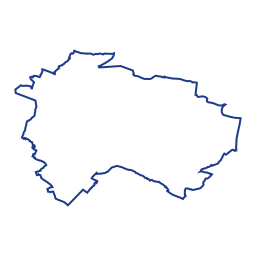 the district of Butoiesti, Mehedinti, Romania
{"feature_id": "2599482B50012725425393", "entity_name": "Butoiesti", "entity_type": "district", "adm_level": 2, "iso_a3": "ROU", "parent_name": "Romania", "parent_adm1": "Mehedinti", "projection": "equal_earth", "projection_center": [23.382, 44.564], "detail": "fine", "context": "isolated", "style": "outline", "palette": "blue", "viewbox_px": 256, "rotation_deg": 0, "n_neighbors": 0, "source": "geoboundaries", "source_scale": "gbopen_adm2", "svg_char_len": 5666}
<svg xmlns="http://www.w3.org/2000/svg" viewBox="0 0 256 256"><path d="M183.0,199.0L183.8,197.7L184.1,197.5L185.1,196.0L185.0,195.2L185.3,195.4L185.0,194.0L184.8,192.8L184.9,190.4L185.2,189.5L185.8,188.5L186.2,188.4L188.4,188.6L189.6,189.3L190.7,189.1L191.8,189.8L193.0,189.9L194.2,189.8L195.3,189.4L199.5,188.5L199.9,188.3L201.3,187.5L202.2,186.3L203.3,185.3L203.6,184.5L203.2,183.3L203.4,182.3L203.8,181.4L204.5,180.9L204.7,180.7L205.2,179.3L205.5,178.7L206.1,178.4L207.3,178.6L208.4,178.0L211.4,175.1L211.9,174.4L211.2,174.2L211.1,173.9L209.8,173.9L209.2,173.3L208.2,172.9L207.8,172.9L206.7,172.4L205.7,172.5L204.1,172.2L202.9,171.7L201.9,171.5L201.5,171.2L200.4,171.5L200.9,171.0L200.9,170.5L201.6,169.4L202.8,168.9L204.1,168.7L205.1,168.2L206.5,167.9L207.8,167.0L209.2,166.9L210.6,165.9L211.3,164.9L211.7,165.1L211.7,165.4L211.9,165.6L212.3,165.8L213.3,165.2L215.2,164.6L218.2,163.4L218.5,163.0L218.5,162.6L218.6,162.3L220.4,160.5L221.0,159.8L221.6,158.5L222.4,157.4L222.4,156.9L222.6,156.4L223.2,155.5L223.6,154.5L224.2,153.7L224.5,153.6L224.9,154.2L226.1,154.6L231.5,150.3L232.1,149.9L233.6,149.9L234.2,150.0L234.5,150.3L234.6,150.8L236.4,150.4L236.1,148.3L236.1,147.6L236.6,138.6L237.8,132.2L238.0,131.8L238.7,128.3L239.6,124.6L240.6,118.4L240.6,118.2L235.3,117.8L232.8,117.4L230.6,116.9L223.2,114.8L222.3,113.4L221.9,112.3L221.7,110.6L221.8,109.4L222.0,108.4L222.6,107.3L223.3,106.2L224.6,105.1L225.4,104.6L224.8,104.3L224.1,104.4L222.7,105.2L221.6,105.4L220.1,105.5L218.4,105.3L213.9,103.4L209.7,102.4L208.9,102.4L207.5,101.9L206.9,101.3L206.8,100.8L207.0,99.8L207.3,99.1L207.3,98.6L207.1,98.3L205.4,97.0L202.5,96.3L198.9,96.9L198.2,96.9L197.7,96.7L197.2,96.1L196.8,95.1L195.5,94.8L196.8,83.9L196.9,83.0L196.8,82.7L195.8,82.4L194.7,82.4L193.5,82.2L192.6,82.4L192.5,82.1L191.4,81.7L190.8,81.3L188.7,80.9L187.9,81.2L186.8,81.1L184.3,80.4L180.4,79.1L179.4,78.9L172.3,78.5L166.2,77.3L164.8,77.3L165.1,76.9L164.2,76.5L163.6,77.0L162.0,77.2L161.2,76.6L159.6,76.4L158.4,76.4L156.9,75.8L155.8,75.8L154.9,76.1L153.2,77.2L152.0,78.2L150.2,78.9L149.4,79.0L144.3,78.9L140.2,77.3L139.6,76.8L137.5,76.2L134.3,75.6L133.5,74.9L133.3,74.6L133.3,74.4L133.8,73.8L132.8,70.5L120.6,66.0L104.6,67.1L99.2,67.4L99.1,67.0L99.1,66.5L97.9,66.4L99.3,66.1L100.5,65.6L104.9,63.2L105.4,63.1L106.0,62.5L106.6,62.2L107.0,61.9L107.8,61.6L108.7,60.8L111.8,58.6L112.4,58.0L112.7,57.1L113.5,55.9L113.8,54.9L114.0,53.3L112.3,53.9L104.2,53.6L103.4,54.4L100.2,53.6L99.4,53.6L97.2,54.2L96.4,53.9L94.9,54.1L93.9,54.6L93.3,54.7L91.6,53.9L90.4,53.5L87.5,53.7L86.9,53.4L86.6,53.4L85.7,53.7L82.8,53.2L80.6,53.2L78.2,52.1L76.1,51.8L75.8,51.4L75.1,51.2L75.0,50.9L74.4,50.7L73.3,53.5L72.0,53.6L71.5,53.5L71.5,53.3L71.3,53.3L70.5,54.0L69.9,55.9L69.2,57.6L69.6,57.6L69.8,57.9L69.4,58.5L69.6,58.6L69.3,59.0L69.2,59.3L67.9,60.5L67.2,61.4L66.2,61.7L64.4,63.3L63.8,64.1L63.4,64.1L62.0,65.3L61.5,65.2L60.9,65.7L59.8,65.8L58.7,66.5L58.7,67.6L59.1,68.1L57.0,69.7L54.1,72.4L55.1,73.3L55.1,73.6L54.7,74.2L52.4,72.9L45.2,70.2L42.3,69.3L42.4,71.5L41.3,74.0L40.5,74.5L40.6,75.4L39.7,77.2L36.6,76.0L33.6,75.9L32.8,77.3L32.3,76.8L31.4,76.8L30.2,77.2L30.8,79.1L32.2,80.6L34.0,82.3L32.7,85.5L32.0,88.4L31.5,88.4L31.5,87.6L30.8,86.6L28.7,85.9L27.3,85.7L22.2,85.9L20.9,85.3L15.4,89.5L15.7,93.0L35.4,100.5L35.8,102.5L36.0,104.6L36.4,105.8L36.4,106.5L35.6,109.0L35.2,109.7L35.3,111.4L34.7,114.0L34.6,115.5L34.4,115.9L33.8,116.5L32.0,117.7L30.6,119.5L29.8,119.9L28.8,120.7L28.0,120.7L27.3,121.2L26.8,122.1L26.3,124.1L26.1,125.7L25.7,126.5L25.0,130.5L24.7,131.1L23.9,132.0L23.6,132.6L23.4,134.3L22.1,137.0L22.0,137.7L22.9,137.9L23.3,138.2L23.6,138.8L23.9,138.9L24.6,138.8L24.9,138.6L24.9,138.1L25.5,138.3L25.8,139.0L26.3,138.5L27.8,139.2L29.9,140.8L29.9,141.3L32.1,142.2L32.4,143.6L32.8,145.0L33.1,144.9L33.3,145.1L33.7,145.0L34.4,145.3L34.8,146.7L34.1,146.7L31.6,147.4L32.7,147.6L32.7,148.0L33.4,148.3L33.2,148.5L33.3,148.8L33.9,149.0L34.1,149.2L33.9,149.3L34.0,149.4L34.4,149.6L34.8,149.5L36.4,150.6L34.7,154.3L33.9,154.0L33.7,154.4L33.3,154.3L32.9,155.1L33.1,156.2L32.8,156.5L34.5,157.2L34.7,157.4L34.4,158.1L35.8,159.0L37.6,159.9L38.3,160.0L39.8,160.6L40.4,160.5L41.1,160.8L42.1,161.5L42.6,161.4L44.5,162.5L46.2,164.9L46.2,165.3L45.5,165.5L44.5,166.3L43.8,167.0L43.6,167.6L41.0,169.2L40.5,169.8L40.6,170.7L39.8,170.8L35.8,172.1L36.9,175.2L38.1,174.9L38.5,174.3L38.8,174.8L40.3,175.1L40.6,175.3L40.7,176.2L41.2,177.2L41.3,178.1L42.0,178.5L43.4,179.7L45.7,181.1L50.0,184.2L51.5,185.6L52.4,187.1L49.9,187.6L49.2,188.2L48.1,188.6L47.8,189.0L47.4,189.2L47.7,189.6L48.0,190.9L48.0,191.6L49.0,191.7L49.9,192.2L51.1,191.8L53.3,191.6L53.5,192.6L53.8,193.2L54.0,193.9L54.8,195.7L55.5,198.3L55.7,198.7L61.2,201.0L63.8,201.9L65.4,203.0L67.6,205.1L67.9,205.3L83.0,189.7L87.2,192.7L90.8,188.2L91.0,188.3L93.2,185.8L93.8,185.9L94.3,185.3L94.4,184.6L94.8,184.0L94.5,183.3L94.6,183.1L95.4,182.6L95.7,182.3L95.9,182.3L96.5,182.9L97.3,181.5L97.2,181.0L92.7,179.0L91.7,178.3L92.1,177.5L92.8,176.6L96.6,172.8L96.9,173.2L96.9,173.9L101.6,173.6L102.3,173.3L103.7,173.2L105.0,173.0L105.9,172.6L106.5,172.0L107.5,171.9L107.8,171.6L111.8,167.5L117.0,165.9L121.6,167.1L126.0,169.0L128.5,169.8L130.6,169.9L131.7,170.3L135.4,172.0L135.7,172.8L136.0,173.0L137.7,173.5L140.5,175.2L142.4,175.6L143.9,176.6L145.1,177.9L146.6,177.9L147.1,178.4L147.4,179.0L148.1,178.9L148.4,179.0L148.5,179.2L149.7,180.0L150.0,180.6L151.1,180.0L151.7,179.9L152.3,180.1L153.8,181.3L155.0,181.2L155.9,181.6L157.2,181.7L158.6,182.1L159.1,181.9L160.3,183.0L162.7,184.4L166.2,187.0L166.1,187.3L165.8,187.5L166.9,188.0L167.2,188.5L168.3,189.9L167.2,191.0L167.3,191.2L168.4,191.8L169.8,192.9L173.0,194.9L181.1,198.0L183.0,199.0Z" fill="none" stroke="#1e3a8a" stroke-width="2"/></svg>